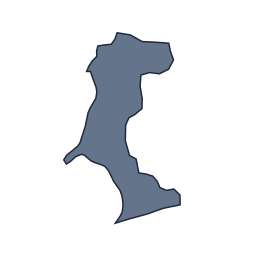 outline of La Estrelleta, rotated 336°
{"feature_id": "DOM-1972", "entity_name": "La Estrelleta", "entity_type": "Province", "adm_level": 1, "iso_a3": "DOM", "parent_name": "Dominican Republic", "parent_adm1": "", "projection": "mercator", "projection_center": [-71.627, 18.975], "detail": "fine", "context": "isolated", "style": "filled", "palette": "slate", "viewbox_px": 256, "rotation_deg": 336, "n_neighbors": 0, "source": "natural_earth", "source_scale": "10m", "svg_char_len": 970}
<svg xmlns="http://www.w3.org/2000/svg" viewBox="0 0 256 256"><g transform="rotate(336 128 128)"><path d="M57.1,135.9L56.3,131.0L60.9,127.9L74.6,124.2L78.1,122.0L89.6,109.2L97.6,98.0L101.6,94.3L110.7,87.8L114.0,82.8L115.4,78.0L116.6,61.1L113.2,59.5L117.7,55.3L123.1,52.0L128.7,49.9L130.7,44.7L133.9,40.8L140.5,42.6L146.8,44.7L152.3,41.4L156.8,36.6L167.9,43.8L176.1,54.8L188.0,60.8L199.7,67.1L197.9,75.6L197.3,84.3L189.0,90.8L178.8,91.3L170.4,86.2L161.4,84.8L156.0,94.9L152.9,107.0L148.7,115.9L140.4,118.3L132.9,119.1L127.0,124.4L120.4,138.5L118.2,153.7L122.8,159.6L119.6,173.4L125.6,177.3L131.0,182.0L133.0,188.5L132.9,195.4L137.9,200.7L145.1,202.4L148.2,210.4L144.4,219.4L127.6,215.7L110.5,214.4L92.5,211.6L77.7,209.8L84.9,205.4L88.6,202.3L91.8,197.0L93.6,192.3L94.9,187.1L95.3,181.8L93.2,170.7L92.9,159.3L91.4,154.1L89.5,151.5L83.4,145.9L80.9,143.1L77.1,135.1L74.7,133.1L68.5,132.9L61.8,135.2L57.1,135.9Z" fill="#64748b" stroke="#1e293b" stroke-width="1.5"/></g></svg>